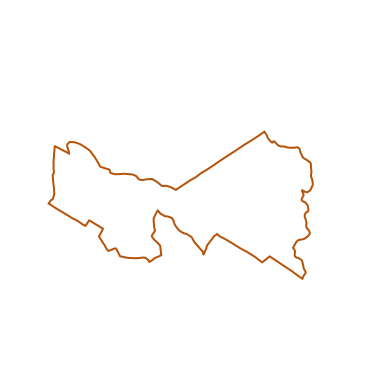 outline of Al-Amara, Maysan, Iraq, rotated 33°
{"feature_id": "34846034B34105115765151", "entity_name": "Al-Amara", "entity_type": "district", "adm_level": 2, "iso_a3": "IRQ", "parent_name": "Iraq", "parent_adm1": "Maysan", "projection": "albers", "projection_center": [47.067, 32.106], "detail": "fine", "context": "isolated", "style": "outline", "palette": "amber", "viewbox_px": 384, "rotation_deg": 33, "n_neighbors": 0, "source": "geoboundaries", "source_scale": "gbopen_adm2", "svg_char_len": 4465}
<svg xmlns="http://www.w3.org/2000/svg" viewBox="0 0 384 384"><g transform="rotate(33 192 192)"><path d="M331.8,204.6L331.7,203.8L331.2,201.0L331.4,199.4L331.4,198.0L330.6,197.0L329.4,196.4L327.4,195.3L326.4,194.2L324.7,192.5L322.5,190.4L321.0,189.4L319.8,189.3L318.3,189.3L316.7,189.6L315.3,190.1L313.7,190.0L312.5,189.1L311.5,187.3L311.0,186.0L310.3,185.3L309.3,184.6L307.9,184.2L307.1,183.7L307.1,182.2L306.9,180.6L306.8,178.8L306.7,176.8L307.0,175.7L307.3,174.8L307.9,173.6L309.0,173.0L310.1,171.7L311.0,171.0L312.0,169.5L312.3,168.6L312.7,167.4L313.2,166.2L313.4,164.8L313.5,163.5L313.1,162.1L311.6,160.9L309.8,160.1L308.4,160.0L307.2,159.3L306.0,157.9L305.1,155.8L303.8,154.6L302.1,152.9L299.9,151.3L298.9,149.6L298.8,148.1L299.0,146.6L299.8,145.3L299.8,144.4L299.2,143.4L298.6,142.7L296.2,140.2L295.1,139.8L293.2,139.1L291.9,139.1L290.7,139.4L289.5,139.4L288.5,139.0L287.9,138.4L287.6,137.3L287.6,136.2L287.6,134.4L287.1,133.8L286.4,132.7L285.6,132.5L284.2,131.6L283.5,130.6L283.9,130.4L284.7,130.4L286.5,130.3L287.5,130.1L288.7,129.5L289.6,128.0L290.1,126.4L290.1,124.7L289.8,123.0L289.5,120.4L288.5,119.0L287.4,117.4L286.0,116.3L284.7,115.1L283.4,114.2L282.5,112.8L281.6,110.9L280.8,109.4L279.8,108.3L278.3,106.5L277.0,104.5L275.8,103.2L275.1,102.9L274.2,102.8L272.7,102.7L270.1,102.6L268.7,102.8L266.7,102.7L265.0,102.1L263.5,101.0L261.7,100.0L260.0,98.3L258.5,97.3L257.6,97.0L256.5,97.0L255.6,97.4L254.5,98.3L253.4,99.4L251.0,100.9L248.9,102.2L246.4,103.2L244.5,103.6L243.5,104.2L241.6,105.5L239.0,106.0L235.3,105.2L233.5,104.7L232.7,105.1L232.7,106.1L232.4,106.9L231.2,106.9L230.2,106.8L227.0,105.8L223.5,103.6L219.9,102.0L217.3,108.3L213.6,116.7L209.9,124.4L206.3,133.0L202.0,142.6L198.1,151.5L195.5,157.9L192.2,165.5L189.4,171.1L187.1,177.5L183.7,184.1L181.4,189.5L179.0,194.9L177.3,199.0L171.6,199.5L167.4,200.6L163.6,203.3L157.1,202.6L151.5,202.8L150.5,203.5L147.2,205.9L143.6,209.2L140.6,210.3L136.4,209.0L132.6,209.7L129.1,211.5L125.1,213.7L121.3,216.6L117.8,219.0L113.4,220.4L110.5,218.2L106.1,219.5L103.2,220.3L102.1,220.6L101.1,220.6L95.2,217.5L91.3,215.7L89.5,215.1L83.8,212.9L79.5,212.7L75.8,212.7L72.1,212.8L66.7,214.1L64.2,215.4L62.5,216.6L61.9,217.2L61.6,219.1L61.6,220.4L62.4,221.7L64.9,223.7L67.2,225.7L67.8,226.7L66.2,226.8L60.9,227.4L55.8,227.8L55.5,227.9L52.2,228.2L52.4,229.3L53.9,231.9L55.9,235.8L56.8,237.2L59.3,242.0L61.6,245.2L62.8,247.4L65.3,250.3L65.8,251.3L65.8,251.8L65.8,252.7L65.9,253.8L67.3,255.5L70.3,259.4L74.6,264.6L77.4,268.4L78.3,270.8L79.1,273.6L78.1,276.1L78.1,279.8L80.5,279.6L83.2,279.8L86.3,279.7L89.3,279.7L93.3,279.5L96.7,279.4L99.2,279.3L101.7,279.2L105.7,279.2L109.7,278.7L114.0,278.6L116.3,278.7L117.6,278.8L121.1,278.4L121.2,275.5L121.2,271.8L124.5,271.6L127.5,271.6L130.4,271.4L134.4,271.4L137.3,271.2L137.7,273.8L138.0,276.7L138.2,279.9L139.9,280.8L142.4,281.9L145.0,283.1L147.8,284.3L151.2,286.2L153.9,287.0L154.7,286.0L156.2,284.0L157.4,281.9L158.9,280.8L160.0,281.3L162.4,282.5L164.8,284.0L166.7,285.1L169.9,283.8L172.3,283.0L174.9,281.7L177.8,280.0L180.0,278.7L182.3,277.2L184.2,275.7L186.1,274.0L188.2,272.7L190.5,272.6L193.0,273.1L194.2,273.9L196.1,270.4L196.1,269.8L196.4,268.4L197.2,267.1L198.2,265.6L199.0,264.4L200.2,262.5L200.7,261.8L200.2,261.2L197.9,258.4L195.6,255.6L194.5,254.4L194.1,254.2L191.6,253.5L190.0,253.2L187.3,252.8L185.3,252.3L183.2,251.5L182.0,250.5L182.1,248.3L182.1,246.5L182.0,244.4L180.8,243.4L179.5,242.2L178.2,240.5L175.9,237.6L174.3,235.2L173.9,233.2L173.7,231.1L173.5,229.3L173.3,227.6L173.3,226.3L174.9,226.4L176.1,227.1L177.7,227.3L179.7,227.1L181.0,227.1L181.9,227.2L182.9,226.8L183.8,226.3L185.3,225.6L186.0,225.5L187.2,225.1L188.4,225.0L189.8,224.8L190.6,225.4L192.3,226.2L194.2,228.0L197.1,229.6L199.5,230.4L201.7,231.2L203.4,231.2L205.6,231.3L208.0,230.9L209.7,230.4L210.0,230.2L211.2,230.1L212.6,230.1L214.5,230.1L215.7,230.0L217.0,230.4L218.9,231.5L220.3,232.2L221.5,232.7L223.2,233.2L225.5,234.0L227.1,234.3L228.7,234.9L231.3,235.5L233.2,235.9L233.7,236.5L234.6,237.2L235.3,238.0L235.7,238.0L235.7,237.2L235.5,236.5L235.1,234.5L234.9,233.1L234.8,231.7L234.3,230.5L233.8,229.1L233.8,227.8L234.0,225.7L234.0,223.8L234.5,220.5L234.5,218.0L234.7,216.5L235.6,214.9L236.0,213.5L238.4,214.0L240.0,214.0L243.1,213.7L245.9,213.4L253.2,213.1L263.0,212.9L270.5,212.3L276.9,212.2L280.2,212.1L284.6,212.5L289.1,212.8L290.4,209.4L292.2,203.7L296.6,203.7L307.5,203.9L319.1,204.0L325.0,204.4L327.9,204.6L331.8,204.6Z" fill="none" stroke="#b45309" stroke-width="2"/></g></svg>